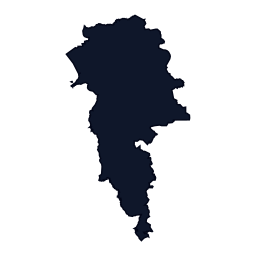 Jipijapa, Manabi, Ecuador
{"feature_id": "8360857B19905531919728", "entity_name": "Jipijapa", "entity_type": "district", "adm_level": 2, "iso_a3": "ECU", "parent_name": "Ecuador", "parent_adm1": "Manabi", "projection": "mercator", "projection_center": [-80.604, -1.518], "detail": "fine", "context": "isolated", "style": "filled", "palette": "ink", "viewbox_px": 256, "rotation_deg": 0, "n_neighbors": 0, "source": "geoboundaries", "source_scale": "gbopen_adm2", "svg_char_len": 5791}
<svg xmlns="http://www.w3.org/2000/svg" viewBox="0 0 256 256"><path d="M157.3,29.3L155.7,29.3L150.3,30.4L148.8,29.1L145.1,29.5L143.8,26.2L145.6,23.6L145.0,21.8L144.0,20.9L144.6,19.5L143.2,19.8L135.0,15.4L133.9,16.0L133.6,16.7L132.6,16.4L131.7,17.5L131.2,17.3L130.5,18.3L129.5,18.6L129.7,19.0L129.1,19.5L128.7,19.2L127.7,19.6L127.4,19.2L126.0,19.2L125.9,18.8L125.4,19.1L124.0,18.5L123.0,18.9L122.3,18.6L121.6,19.2L120.1,19.5L119.6,20.2L119.5,19.7L118.5,19.4L117.9,20.0L117.0,19.6L115.8,20.7L116.0,21.5L115.6,21.2L115.3,22.1L114.0,23.1L114.0,24.0L113.3,24.0L113.4,24.7L112.4,24.9L110.0,24.4L109.2,25.0L109.1,24.6L107.6,24.5L106.6,25.0L105.9,26.1L106.0,25.1L105.1,25.4L104.1,24.7L103.2,25.1L101.1,24.4L100.3,24.7L100.4,24.0L98.7,23.8L98.0,24.5L96.4,24.8L95.9,25.9L93.7,27.3L91.8,27.0L91.1,27.2L90.5,28.2L89.5,27.9L88.6,28.3L86.8,27.8L86.2,28.2L85.1,26.4L84.8,26.6L84.4,26.1L84.0,28.4L82.9,30.9L83.4,34.5L83.9,35.7L85.0,36.7L87.3,37.5L89.0,37.5L88.7,40.5L88.2,41.0L87.1,40.7L84.7,41.4L84.9,43.7L83.6,43.5L82.1,43.9L82.8,45.1L82.6,46.3L78.1,46.4L78.2,47.2L77.2,47.8L76.4,48.1L75.4,47.7L66.4,54.2L73.3,63.2L78.6,73.6L80.1,73.2L80.6,73.6L80.1,73.2L78.7,73.9L79.1,77.0L78.0,79.6L77.2,79.9L75.7,82.4L74.4,83.6L73.9,83.6L73.7,84.6L72.9,84.6L72.3,85.3L71.3,85.6L71.4,86.4L72.3,86.4L72.7,87.0L72.9,86.1L74.2,86.0L74.4,85.3L75.6,85.1L76.1,84.2L78.0,84.1L78.3,83.6L78.8,84.0L80.4,83.9L80.8,84.2L83.2,83.0L85.8,82.4L88.1,84.0L88.4,85.2L87.8,85.5L87.6,87.9L88.4,89.3L90.0,90.4L93.1,91.1L96.3,94.5L98.0,94.9L97.4,96.7L97.4,98.4L97.0,98.9L97.4,100.1L95.4,104.6L92.6,108.2L92.4,109.0L92.7,110.5L91.8,110.2L90.0,111.1L89.8,112.8L90.5,115.1L90.3,115.8L89.9,115.8L90.0,116.8L89.1,118.7L89.0,120.6L90.2,122.3L90.9,124.8L90.5,126.4L89.5,127.3L91.1,127.2L90.7,127.8L91.3,128.8L92.7,129.5L92.6,129.8L91.9,129.7L92.4,130.0L92.3,130.5L91.4,130.1L91.3,131.1L91.9,130.8L92.7,131.2L94.6,133.8L97.0,134.2L97.3,136.5L99.0,139.3L98.3,142.2L99.0,142.8L99.4,144.6L99.2,145.6L98.1,146.5L98.3,148.3L97.7,149.7L99.4,152.7L99.5,155.6L100.7,158.6L99.8,159.9L99.9,161.1L101.8,164.1L102.1,166.6L101.7,173.6L101.1,174.8L99.4,175.7L99.8,177.8L99.0,180.3L99.5,180.6L100.0,180.0L101.0,181.0L101.9,181.0L102.4,180.3L103.4,180.9L103.9,180.7L103.8,179.9L104.8,180.2L105.0,179.5L107.0,179.2L107.2,177.7L108.2,177.7L108.8,178.4L109.5,178.5L109.1,179.0L110.1,180.0L109.8,180.1L110.1,180.5L109.7,180.9L109.9,181.8L110.5,181.6L110.4,182.4L111.0,182.4L112.2,184.5L112.9,184.7L112.9,185.5L113.5,185.9L113.0,186.3L113.1,186.8L113.8,187.4L114.2,187.2L114.6,188.4L115.5,188.5L116.5,189.8L117.0,189.5L117.5,190.0L118.3,189.8L118.3,190.5L119.3,191.4L119.4,192.0L118.5,191.8L118.5,193.1L118.9,193.9L118.5,194.2L118.8,194.6L118.3,195.3L118.5,195.7L117.9,196.0L118.3,196.3L117.8,196.7L118.4,196.8L118.0,197.3L118.3,197.7L119.3,197.9L119.5,198.5L120.3,198.4L119.9,199.2L121.1,199.2L121.3,200.2L120.3,200.5L121.2,201.9L120.5,202.6L121.0,203.7L120.8,204.4L121.3,204.6L121.3,205.2L120.9,205.2L121.3,206.4L122.6,207.4L123.3,209.1L125.2,210.7L126.6,213.7L128.3,214.5L128.9,215.7L132.5,216.3L133.6,215.6L135.2,215.6L136.3,215.0L141.4,214.5L141.3,215.0L140.4,215.2L140.3,217.2L139.9,217.1L139.3,217.9L139.5,220.7L138.4,222.7L138.5,224.1L138.1,224.2L136.4,227.3L134.3,228.5L137.4,229.5L137.5,230.9L135.5,230.4L135.8,231.4L135.4,232.3L136.5,234.4L138.8,236.7L139.3,238.4L141.4,240.6L143.7,238.2L145.2,237.4L147.9,236.4L148.6,236.8L148.0,234.5L146.4,233.4L144.6,233.7L143.7,232.3L144.8,232.3L146.0,231.7L146.3,232.0L146.5,231.5L147.3,231.9L147.3,231.3L148.4,231.4L149.0,230.9L152.1,231.6L152.5,231.3L149.9,227.3L150.2,224.9L146.1,222.3L146.3,219.6L147.2,217.9L149.4,216.5L148.6,215.3L148.6,213.2L149.1,212.3L148.8,210.3L147.5,209.3L147.8,207.6L147.2,205.7L146.7,205.3L144.7,205.1L147.4,202.4L148.8,199.7L146.3,196.8L147.0,195.4L146.3,192.9L145.7,192.4L146.1,190.7L146.6,189.6L147.8,188.8L148.4,187.6L152.3,187.7L152.9,186.5L152.3,186.0L149.3,186.3L149.5,184.9L149.1,182.9L150.2,182.6L152.7,180.1L155.1,180.0L155.3,179.1L154.8,178.9L155.5,178.3L155.5,177.7L154.7,177.7L154.4,177.2L155.1,177.1L155.2,176.5L154.5,175.7L154.3,174.8L153.9,174.9L154.0,174.4L153.0,174.5L153.1,174.1L152.4,173.8L152.7,173.3L152.4,172.6L153.3,171.8L153.0,170.3L152.5,170.2L152.2,169.1L150.4,167.3L149.8,165.3L149.9,164.3L151.2,164.6L152.0,163.8L151.3,161.9L150.6,161.3L150.6,158.1L150.4,157.7L148.2,158.1L148.7,156.4L149.6,155.4L149.3,153.6L144.7,151.4L143.2,151.5L141.7,150.1L140.4,149.9L140.0,149.2L139.9,146.0L137.3,148.2L135.5,148.1L134.8,145.9L134.1,145.5L134.2,141.0L137.3,141.1L139.6,139.4L143.2,140.0L147.4,144.4L149.2,141.7L150.0,143.0L151.4,141.9L153.2,137.7L154.3,136.8L155.1,135.0L156.6,134.8L157.1,134.2L154.9,132.9L154.0,131.4L153.0,131.1L150.4,128.7L150.0,127.7L150.7,126.6L154.6,125.6L159.5,125.0L161.7,125.6L166.4,125.6L168.4,122.4L169.4,122.8L172.2,122.5L173.3,121.5L173.3,120.5L174.1,120.7L174.2,119.9L189.3,119.8L189.6,118.0L189.4,115.1L186.7,113.2L185.6,113.0L185.6,107.2L182.7,107.7L180.0,104.7L178.0,104.7L176.7,103.7L177.0,102.4L176.3,101.3L176.7,100.4L173.5,98.8L171.7,89.7L174.0,88.6L175.1,87.4L175.8,87.3L177.3,88.2L178.0,86.9L178.5,86.7L179.0,87.1L179.2,86.6L180.0,87.0L180.2,86.4L181.3,86.5L182.2,85.8L182.4,86.1L182.5,85.5L183.6,85.6L183.5,83.7L183.3,83.4L182.9,83.6L182.7,83.0L183.7,82.4L182.9,81.3L182.3,81.4L182.4,80.7L181.5,80.6L180.8,79.5L179.6,79.0L177.8,79.7L176.9,79.1L175.6,79.8L174.2,79.5L172.3,77.2L170.1,75.6L170.0,74.7L169.4,74.3L169.7,73.8L168.0,73.2L165.8,68.9L167.0,67.5L166.1,66.6L165.9,65.8L169.7,58.9L170.2,56.6L170.0,55.0L168.5,52.1L166.9,50.7L165.2,50.1L163.2,50.0L158.7,47.9L158.7,45.3L159.2,44.3L159.8,43.7L161.9,43.6L163.2,42.8L163.9,42.9L164.3,41.6L163.5,40.2L161.6,38.8L160.7,38.8L160.8,34.9L160.3,34.1L160.1,31.8L157.3,29.3ZM72.3,82.0L72.0,81.5L71.2,81.8L72.1,82.3L72.3,82.0Z" fill="#0f172a" stroke="#020617" stroke-width="1.5"/></svg>